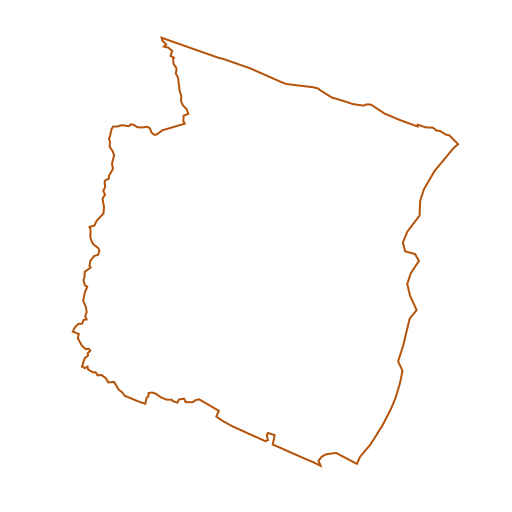 Arecibo, Puerto Rico (Mercator projection), rotated 108°
{"feature_id": "32010507B88013752264410", "entity_name": "Arecibo", "entity_type": "district", "adm_level": 2, "iso_a3": "PRI", "parent_name": "Puerto Rico", "parent_adm1": "", "projection": "mercator", "projection_center": [-66.671, 18.404], "detail": "fine", "context": "isolated", "style": "outline", "palette": "amber", "viewbox_px": 512, "rotation_deg": 108, "n_neighbors": 0, "source": "geoboundaries", "source_scale": "gbopen_adm2", "svg_char_len": 3036}
<svg xmlns="http://www.w3.org/2000/svg" viewBox="0 0 512 512"><g transform="rotate(108 256 256)"><path d="M414.9,387.3L415.5,384.0L413.3,382.1L415.8,380.6L417.1,375.1L416.1,372.6L418.5,369.8L416.9,366.3L418.5,361.2L421.9,357.4L419.6,352.0L425.5,345.4L426.9,341.4L429.6,337.5L429.7,334.9L430.7,322.4L430.8,315.6L424.7,316.2L422.9,315.0L419.6,315.8L418.0,312.8L417.9,308.7L419.8,302.9L420.2,296.4L418.7,291.6L419.7,290.3L419.7,286.7L419.8,285.5L418.7,285.3L416.3,284.9L413.9,280.4L416.7,277.7L414.7,271.1L411.5,268.7L409.9,265.7L414.5,244.4L414.7,243.5L420.9,244.1L421.4,242.6L423.1,237.1L423.6,234.5L425.3,225.5L428.0,201.4L429.2,189.6L427.4,187.8L427.2,188.0L422.8,190.4L420.6,190.0L420.6,182.9L424.7,182.4L430.1,181.9L433.7,146.6L434.3,138.8L435.5,129.8L431.4,133.3L426.4,131.4L422.9,128.0L418.5,118.9L418.6,118.7L422.1,98.1L422.5,95.8L414.7,95.0L399.9,88.9L399.5,88.8L388.6,86.0L378.0,83.4L373.9,82.7L361.5,80.7L358.8,80.3L347.6,79.4L344.5,79.5L334.7,79.7L332.0,79.8L319.9,81.2L312.3,88.3L306.4,88.3L295.8,88.3L282.5,89.4L268.0,90.5L257.8,86.5L255.1,89.0L254.4,89.6L248.0,95.5L246.1,97.3L243.3,99.0L235.9,103.5L235.4,103.5L224.7,103.5L214.6,100.7L214.0,100.5L210.4,99.5L205.4,104.9L205.0,105.3L205.2,109.2L205.4,115.6L205.1,115.8L197.8,120.5L190.2,119.9L189.7,119.9L188.7,119.8L186.2,119.6L180.0,117.5L173.5,115.2L171.3,114.4L167.0,112.9L159.3,115.1L152.7,116.9L151.3,116.9L140.6,116.9L140.0,116.8L139.0,116.6L127.3,114.0L120.0,112.5L110.6,108.7L105.8,106.8L91.9,101.3L87.2,98.3L81.5,109.4L81.9,112.8L80.3,119.3L80.9,123.5L80.3,124.3L79.3,127.6L81.2,134.3L81.2,142.7L82.9,142.3L82.2,162.0L81.3,172.0L80.9,177.4L76.5,193.3L77.5,197.4L79.7,200.2L81.6,210.5L81.5,216.7L81.6,223.1L81.8,233.1L78.7,245.6L77.5,248.6L77.8,253.6L82.0,274.8L82.0,275.2L83.1,280.2L82.9,284.6L79.7,315.9L79.4,318.1L78.7,347.3L79.1,353.0L77.6,413.2L80.3,411.3L82.5,406.7L85.3,408.3L84.9,403.9L86.8,399.1L92.1,399.1L92.8,395.2L94.4,395.6L98.7,393.9L101.7,390.0L103.6,389.1L107.1,388.8L110.6,385.2L122.5,379.6L127.1,376.4L132.0,375.1L135.3,372.1L137.9,367.2L141.8,364.3L144.9,368.2L150.1,366.8L152.2,364.7L165.3,383.8L171.3,388.2L172.2,390.2L171.1,393.2L167.1,396.6L166.8,399.8L168.7,403.3L170.2,408.5L169.1,412.7L169.4,415.6L171.8,417.0L173.1,424.1L175.8,428.1L176.9,431.7L179.6,432.6L187.9,431.8L189.8,432.2L193.1,429.9L197.0,429.2L200.5,424.9L204.0,422.0L212.6,421.5L217.4,419.0L225.3,420.6L227.9,419.9L230.7,422.7L232.4,422.9L236.9,420.8L241.1,421.3L241.4,421.4L244.2,418.5L248.9,419.7L256.6,415.6L262.9,414.2L267.1,416.3L271.8,418.4L276.9,419.1L279.8,423.3L281.4,421.8L289.4,419.3L291.9,417.6L295.1,414.4L297.1,408.7L299.2,406.7L303.5,406.5L306.1,410.0L311.9,412.1L316.8,411.3L318.2,409.7L323.9,414.1L328.9,412.6L332.2,412.6L336.8,409.7L337.4,407.0L343.5,407.5L351.8,406.6L357.3,401.9L361.8,399.7L366.1,399.8L368.7,397.5L370.1,400.2L374.2,400.6L375.4,403.9L379.5,406.1L384.5,406.9L385.0,400.4L389.2,400.1L394.8,394.2L397.3,389.2L395.8,386.5L397.2,384.3L400.5,386.0L402.6,385.0L406.5,387.4L414.9,387.3Z" fill="none" stroke="#b45309" stroke-width="2"/></g></svg>